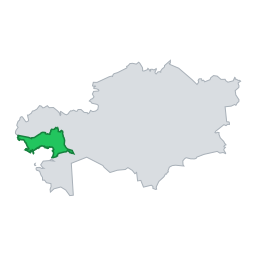 location of Atyrau within Kazakhstan
{"feature_id": "KAZ-3198", "entity_name": "Atyrau", "entity_type": "Region", "adm_level": 1, "iso_a3": "KAZ", "parent_name": "Kazakhstan", "parent_adm1": "", "projection": "albers", "projection_center": [51.054, 47.461], "detail": "fine", "context": "in_parent", "style": "filled", "palette": "green", "viewbox_px": 256, "rotation_deg": 0, "n_neighbors": 0, "source": "natural_earth", "source_scale": "10m", "svg_char_len": 7712}
<svg xmlns="http://www.w3.org/2000/svg" viewBox="0 0 256 256"><path d="M168.4,171.8L167.1,172.8L166.6,174.1L165.4,174.0L164.0,176.7L158.8,181.5L156.2,187.0L156.6,189.2L155.6,189.4L152.9,188.4L152.9,186.4L151.4,185.2L143.5,187.1L140.8,180.4L137.6,180.9L136.6,172.4L134.9,173.7L132.3,170.4L127.9,167.6L125.3,169.5L117.5,170.2L110.0,172.5L104.1,167.3L102.9,165.5L86.7,157.2L71.3,163.3L73.3,195.2L69.8,195.6L65.7,190.0L60.8,187.0L54.0,188.8L50.4,192.1L50.1,189.3L51.1,186.5L50.9,183.6L46.4,182.7L44.6,180.2L42.5,180.1L42.5,177.4L41.0,175.1L39.6,171.2L36.5,170.1L36.0,168.9L36.3,167.8L37.0,167.5L39.8,167.4L41.7,168.5L44.0,168.3L42.6,167.5L40.7,164.9L43.2,161.1L49.4,160.6L54.1,161.1L51.5,159.1L53.5,153.7L53.0,151.2L53.6,149.5L53.0,147.9L52.1,147.0L49.5,146.8L47.4,148.2L44.3,146.5L41.7,145.8L37.2,147.8L34.0,150.2L30.7,150.9L30.8,151.8L30.4,151.6L29.9,152.0L30.0,152.4L26.3,150.3L25.8,149.6L25.8,148.8L28.0,149.2L28.5,148.6L24.1,140.3L20.1,139.3L18.9,139.8L17.9,137.9L17.8,135.4L15.6,133.7L15.4,132.3L16.0,130.3L18.1,127.4L16.8,125.5L17.0,124.3L18.1,121.3L19.6,120.1L20.2,117.7L21.2,116.7L22.4,116.9L25.7,121.6L26.2,121.9L28.1,121.1L28.6,120.3L27.5,115.1L28.5,115.2L31.4,113.1L32.4,111.1L34.2,110.7L36.9,109.1L39.6,105.6L41.6,106.3L42.6,107.8L44.0,107.7L47.3,105.7L49.2,107.7L53.4,107.5L57.9,111.2L59.6,113.4L59.9,115.1L60.4,115.5L60.9,114.4L60.2,112.0L60.7,111.4L64.8,114.2L66.6,114.8L68.6,113.5L69.0,112.4L70.8,110.7L71.6,111.0L73.6,110.1L76.1,111.4L77.3,111.0L78.1,109.5L81.0,109.5L84.2,112.4L87.4,112.7L87.9,113.8L89.4,112.8L90.5,110.4L92.7,111.6L95.5,111.1L97.8,109.4L98.4,106.0L98.1,105.2L97.0,104.4L91.9,103.2L91.3,102.2L89.3,101.0L91.2,99.1L92.5,98.7L94.0,96.9L92.4,94.1L93.6,91.4L98.4,91.0L98.9,90.4L98.4,89.6L96.5,88.8L94.0,88.6L93.7,88.2L94.0,87.2L95.5,86.3L95.1,85.9L93.9,86.3L92.5,85.9L93.3,82.3L97.0,82.4L109.3,76.7L111.6,76.1L112.5,76.5L113.0,74.8L114.0,73.7L117.6,72.6L126.7,68.0L127.0,67.2L126.6,66.4L128.1,65.7L129.9,63.6L132.5,63.3L136.3,64.1L138.7,62.2L139.9,63.4L142.4,67.5L142.7,69.5L142.5,70.5L142.8,70.9L144.1,71.0L147.3,69.7L147.9,68.4L149.4,69.9L150.1,71.3L150.7,70.6L150.4,69.9L150.5,69.4L152.1,69.2L154.0,70.0L156.2,68.6L156.3,69.6L155.0,72.0L155.1,72.9L156.1,74.0L157.9,71.9L159.8,71.7L160.7,72.2L160.8,70.8L162.3,68.7L164.0,67.5L164.5,66.7L164.5,65.6L170.4,60.4L170.3,63.1L169.2,63.5L169.8,64.4L178.7,68.2L192.1,79.7L197.0,84.5L198.7,82.2L198.1,80.3L199.2,78.8L201.5,78.8L202.0,80.7L203.6,80.2L204.7,81.8L210.0,79.7L210.8,77.7L213.5,75.6L217.2,76.1L221.0,79.4L225.1,79.3L225.7,80.6L227.9,82.2L233.2,80.8L234.7,77.4L235.3,77.9L235.2,79.2L236.5,79.3L238.2,80.4L239.7,80.4L240.6,81.2L238.2,82.8L238.2,83.8L239.0,85.8L238.8,87.5L235.2,90.6L235.8,94.9L239.0,99.8L238.8,101.7L237.5,102.6L235.9,105.3L234.7,104.5L231.2,106.1L225.1,106.8L226.6,121.2L226.9,121.8L228.9,121.9L229.4,122.9L229.4,124.5L227.6,124.3L226.0,125.6L223.9,124.7L215.7,131.2L215.0,132.6L216.0,133.0L217.5,132.3L219.1,132.6L218.9,134.2L220.3,137.9L223.8,141.5L224.7,143.5L225.9,144.4L225.9,145.0L225.0,145.1L223.9,146.3L224.1,146.9L225.4,147.3L223.8,149.3L223.9,150.2L225.7,153.2L225.6,153.6L223.1,152.5L219.9,153.1L217.2,151.4L203.8,154.4L196.9,157.1L196.0,158.5L194.3,158.9L190.6,158.8L186.2,157.7L184.7,158.6L182.8,160.9L183.0,164.6L183.9,166.0L175.5,165.2L172.2,165.6L169.3,167.2L167.9,171.1L168.4,171.8ZM35.6,165.4L35.0,165.6L34.4,164.7L34.6,163.8L35.2,163.5L34.7,164.6L35.6,165.4ZM50.9,160.5L50.4,160.4L50.2,160.0L50.8,159.6L50.9,160.5Z" fill="#d9dde1" stroke="#a8b0b8" stroke-width="1"/><path d="M19.3,140.3L18.3,139.5L18.1,139.3L18.0,139.1L18.0,138.9L18.2,138.7L18.0,138.2L17.6,137.7L18.2,137.2L18.4,137.0L18.5,136.9L18.4,136.8L18.1,136.7L18.0,136.4L18.1,136.1L17.9,135.8L17.9,135.7L18.0,135.5L18.1,135.4L28.5,137.4L31.5,138.5L31.7,137.8L34.3,137.6L39.1,134.4L39.5,134.3L39.8,134.0L40.1,133.9L40.4,133.8L40.9,133.1L41.6,132.6L42.2,132.5L42.8,132.3L45.0,132.5L45.5,132.7L45.5,132.9L45.4,133.6L46.3,134.0L46.7,134.1L47.2,134.1L47.5,133.8L49.5,134.4L49.9,134.3L49.9,133.9L50.0,132.8L50.8,131.5L50.8,130.4L51.6,129.3L51.9,129.4L54.0,129.4L54.6,129.2L54.8,129.0L54.7,128.8L54.8,128.6L55.9,127.5L56.3,127.8L57.0,128.1L57.0,128.4L57.3,128.5L57.7,127.9L58.1,129.0L58.3,129.9L58.4,130.7L58.4,131.2L58.3,131.5L60.5,131.9L60.7,131.1L61.0,130.7L61.5,130.5L61.7,130.9L62.0,131.1L62.5,131.1L62.8,132.0L62.8,132.5L62.7,132.7L62.6,133.8L62.9,134.7L63.2,135.8L63.2,136.7L63.8,137.4L64.4,139.5L64.6,140.5L64.3,143.6L64.3,144.9L64.9,145.6L65.5,146.8L66.3,147.9L67.5,149.0L72.3,150.5L72.5,151.4L73.0,152.1L73.2,152.5L73.4,153.0L73.7,153.6L73.0,153.3L72.7,153.4L72.3,153.2L71.6,153.3L71.3,153.1L71.0,152.7L70.5,152.8L69.8,152.6L69.7,151.7L69.2,151.3L68.8,151.5L67.5,150.5L66.2,151.8L64.1,152.0L59.5,153.2L59.3,153.4L58.9,153.4L58.4,153.5L57.5,154.9L57.0,155.5L57.4,155.9L56.1,156.8L53.1,157.6L52.0,157.4L52.1,157.2L52.3,157.2L52.5,156.8L52.6,156.7L52.7,156.3L52.8,156.2L53.0,156.0L53.0,155.9L53.1,155.5L53.3,155.3L53.3,155.1L53.2,155.0L53.2,154.9L53.4,154.6L53.5,154.3L53.5,153.7L53.6,152.9L53.6,152.3L53.4,151.9L53.2,151.5L52.9,151.2L53.0,151.2L53.2,151.4L53.3,151.5L53.3,151.4L53.2,151.3L53.1,151.2L53.1,150.9L52.9,151.1L52.6,151.1L52.6,150.9L52.7,150.7L52.9,150.3L52.9,150.5L53.0,150.6L53.2,150.4L53.2,150.1L53.3,149.9L53.3,150.1L53.5,149.8L53.8,149.7L53.9,149.3L53.7,149.1L53.4,148.9L53.2,148.9L53.2,148.5L53.1,147.9L53.0,147.7L52.9,147.6L52.6,147.5L52.4,147.4L52.2,147.1L51.8,147.0L51.3,147.1L50.9,147.1L50.3,147.1L50.1,147.1L49.8,146.8L49.7,146.7L49.3,146.7L49.2,146.7L49.1,146.8L49.1,147.1L48.8,147.5L48.7,147.6L48.2,147.8L47.8,147.7L47.7,147.7L47.7,147.8L48.0,148.0L48.1,148.3L47.3,148.4L47.1,148.3L47.0,148.2L46.9,148.0L46.7,147.8L46.7,147.7L46.7,147.4L46.4,147.7L46.3,147.8L46.1,147.8L45.9,147.7L45.7,147.7L45.9,147.4L46.0,147.3L45.9,147.3L45.7,147.4L45.5,147.5L45.3,147.5L45.2,147.5L45.1,147.4L44.8,147.1L44.7,146.9L44.8,146.6L44.8,146.4L44.7,146.3L44.5,146.2L44.4,146.3L44.4,146.5L44.3,146.9L44.2,146.9L44.1,146.7L43.9,146.4L43.6,146.2L43.3,146.2L42.9,146.0L42.2,145.9L41.9,145.7L41.8,145.8L41.5,145.9L41.3,146.1L40.5,146.2L40.4,146.3L40.2,146.6L39.9,146.5L39.8,146.4L39.7,146.4L39.7,146.5L39.2,147.5L39.1,147.4L39.2,147.2L38.9,147.3L38.7,147.4L38.4,147.3L38.3,147.5L38.3,147.9L38.3,148.1L38.2,148.2L38.1,148.3L38.0,148.2L38.2,147.9L37.8,147.9L37.7,147.9L37.4,147.7L37.2,147.8L37.0,148.3L36.9,148.4L36.9,148.0L36.7,148.4L36.5,148.5L36.2,149.0L36.0,148.9L35.9,148.8L35.7,148.9L35.2,149.5L35.0,149.8L34.9,149.9L34.8,150.0L34.5,149.9L34.4,150.0L34.2,150.2L34.0,150.3L33.9,150.4L33.7,150.4L33.6,150.6L33.4,150.7L33.2,150.5L33.2,150.8L33.1,150.7L32.9,150.5L32.9,150.8L32.5,150.4L32.4,150.3L32.4,150.5L32.4,150.9L32.2,150.9L32.2,151.0L32.1,150.9L32.0,150.7L31.7,150.6L31.5,150.4L31.5,150.2L31.5,150.5L31.6,151.0L31.4,150.9L31.4,150.7L31.2,150.6L30.8,150.6L30.6,150.4L30.5,150.2L30.5,150.5L30.9,150.9L31.0,151.2L30.9,151.2L30.7,151.2L30.5,150.9L30.4,150.8L30.4,151.1L30.5,151.3L30.8,151.6L30.9,151.8L30.8,152.0L30.6,151.8L30.5,151.7L30.2,151.3L30.1,151.6L30.4,151.9L30.3,152.0L30.2,151.9L29.7,151.7L29.6,151.8L29.8,152.0L30.0,152.2L30.0,152.5L28.8,151.8L28.4,151.4L28.2,151.2L27.9,151.1L27.7,151.1L27.2,150.8L27.1,150.6L26.9,150.5L26.7,150.4L26.1,150.4L25.9,150.3L26.1,150.1L25.9,149.8L25.9,149.7L25.7,149.5L25.4,149.5L25.6,149.3L25.8,148.9L26.1,148.6L26.4,148.5L26.8,148.7L26.9,148.8L27.0,148.9L27.1,149.3L27.3,149.3L28.2,149.2L28.4,149.0L28.8,148.6L27.0,145.7L26.2,143.3L26.1,143.1L26.0,142.9L25.8,142.9L25.6,142.8L25.4,142.6L25.1,142.2L24.1,140.2L23.7,139.9L23.4,139.7L21.0,139.7L19.8,139.0L19.7,139.0L19.5,139.7L19.5,140.1L19.4,140.3L19.3,140.3ZM33.6,152.7L33.7,152.9L33.7,153.1L33.5,153.5L33.4,153.6L33.2,153.3L33.0,152.5L33.0,152.3L33.4,152.5L33.5,152.6L33.6,152.7Z" fill="#22c55e" stroke="#15803d" stroke-width="1.5"/></svg>